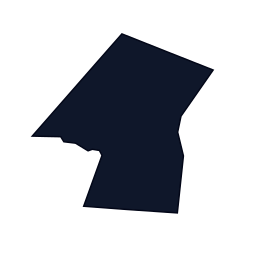 outline of Triunfo Potiguar, Rio Grande do Norte, Brazil, rotated 78°
{"feature_id": "56859067B26261552495963", "entity_name": "Triunfo Potiguar", "entity_type": "district", "adm_level": 2, "iso_a3": "BRA", "parent_name": "Brazil", "parent_adm1": "Rio Grande do Norte", "projection": "natural_earth1", "projection_center": [-37.141, -5.923], "detail": "fine", "context": "isolated", "style": "filled", "palette": "ink", "viewbox_px": 256, "rotation_deg": 78, "n_neighbors": 0, "source": "geoboundaries", "source_scale": "gbopen_adm2", "svg_char_len": 412}
<svg xmlns="http://www.w3.org/2000/svg" viewBox="0 0 256 256"><g transform="rotate(78 128 128)"><path d="M116.0,223.3L118.7,211.9L122.5,195.6L128.1,193.6L131.9,182.5L142.0,171.8L141.4,167.3L144.0,160.6L149.4,159.1L195.3,187.6L199.2,174.2L207.1,147.2L221.3,97.4L166.8,79.6L142.4,80.3L127.4,73.7L89.0,32.7L61.4,74.3L34.7,114.4L56.9,144.2L116.0,223.3Z" fill="#0f172a" stroke="#020617" stroke-width="1.5"/></g></svg>